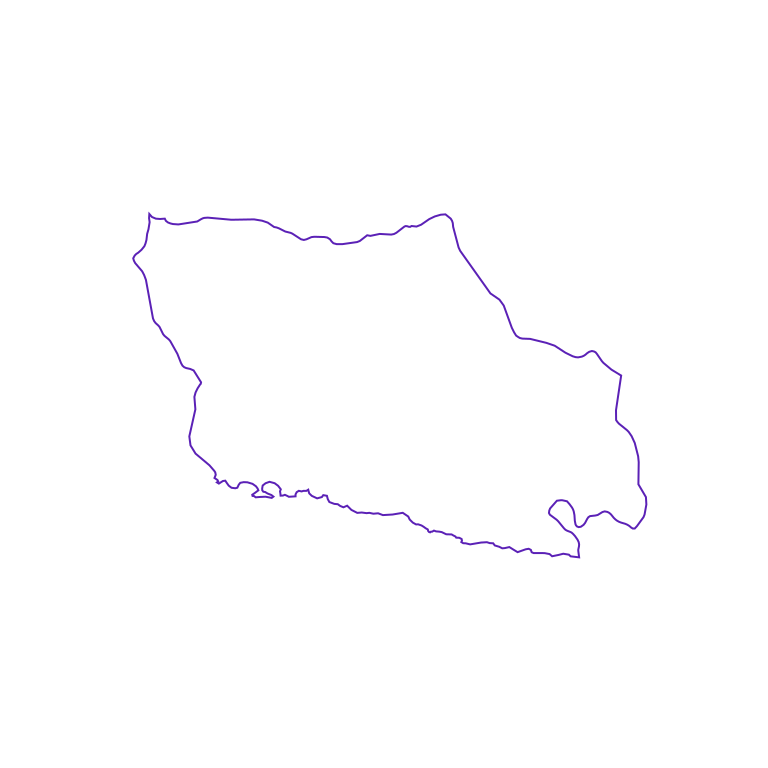 Áncash, Natural Earth projection, rotated 304°
{"feature_id": "PER-577", "entity_name": "Áncash", "entity_type": "Department", "adm_level": 1, "iso_a3": "PER", "parent_name": "Peru", "parent_adm1": "", "projection": "natural_earth1", "projection_center": [-77.843, -9.38], "detail": "fine", "context": "isolated", "style": "outline", "palette": "violet", "viewbox_px": 768, "rotation_deg": 304, "n_neighbors": 0, "source": "natural_earth", "source_scale": "10m", "svg_char_len": 4374}
<svg xmlns="http://www.w3.org/2000/svg" viewBox="0 0 768 768"><g transform="rotate(304 384 384)"><path d="M349.4,642.7L345.5,635.1L345.9,632.7L343.5,627.5L340.0,624.4L335.2,619.7L335.6,616.4L333.6,611.7L330.3,606.7L327.5,602.6L327.1,600.5L328.6,598.5L328.3,596.1L326.2,593.9L319.3,588.8L319.1,584.7L318.9,579.1L315.5,575.9L313.9,573.9L313.5,570.6L312.1,566.1L313.0,563.6L311.2,560.6L310.4,557.8L306.9,553.2L299.2,545.1L297.6,540.8L296.3,538.7L296.2,536.5L297.8,536.2L298.9,535.0L298.6,532.4L297.0,529.8L297.5,528.5L297.2,526.0L297.1,524.2L294.2,519.6L293.5,514.7L292.5,512.4L290.9,509.5L290.4,507.4L288.5,506.5L287.8,505.5L286.8,505.2L286.5,504.0L286.8,502.9L287.9,501.6L287.7,499.3L287.8,496.8L287.7,494.2L286.8,490.9L285.5,489.0L285.2,485.4L286.0,481.1L287.7,478.2L287.7,471.6L280.6,464.1L274.7,456.4L273.5,451.4L270.5,447.7L269.0,443.9L267.2,441.8L265.0,437.4L262.2,433.9L261.4,427.4L262.5,421.5L259.1,419.3L258.4,415.8L258.5,412.9L256.8,409.8L255.6,404.7L257.1,401.8L259.4,399.2L257.9,395.8L255.5,395.7L251.8,392.5L250.9,386.7L251.5,383.2L252.9,381.5L254.0,380.3L252.0,379.4L250.4,377.0L248.9,375.8L247.8,373.1L245.5,372.1L243.0,372.4L241.4,373.5L237.3,368.2L237.1,366.2L236.7,363.8L235.0,362.6L233.6,360.7L235.3,359.3L236.9,357.8L239.0,357.3L240.4,353.1L240.6,348.8L238.9,343.8L235.5,341.3L232.0,340.2L229.3,341.4L227.8,342.5L227.2,344.2L228.0,345.9L228.1,348.6L229.0,352.8L228.8,355.3L226.8,354.6L224.3,348.8L220.8,344.1L218.3,341.0L218.4,338.8L217.7,337.6L218.5,336.7L221.3,337.8L225.6,339.3L226.7,337.6L227.6,335.1L227.7,330.8L226.1,325.7L224.2,322.6L221.7,320.1L219.3,319.9L216.0,320.4L214.4,319.0L212.7,315.6L212.9,312.1L214.2,308.6L215.1,306.5L213.5,304.7L209.1,302.8L209.0,300.5L210.5,301.0L211.3,299.6L211.3,296.0L214.6,295.3L216.4,293.5L217.1,291.8L219.0,284.7L220.9,266.7L224.9,257.9L231.7,251.9L257.5,241.8L267.3,234.0L271.7,232.5L276.2,231.9L280.9,231.8L281.6,232.0L283.1,231.4L288.8,218.6L288.1,214.9L286.6,211.1L286.2,209.0L286.5,206.7L287.8,204.1L293.5,195.8L300.0,182.9L300.6,180.9L300.8,179.0L301.0,176.8L301.2,175.0L301.8,173.0L305.8,166.0L306.3,164.1L306.8,160.6L307.6,158.3L309.2,155.8L337.2,128.4L340.2,124.2L342.2,120.5L345.1,110.1L346.4,107.7L348.0,105.8L351.1,105.5L353.3,105.9L355.4,106.8L359.6,107.9L364.2,108.3L367.1,107.7L370.6,106.5L376.0,103.7L380.6,102.2L387.1,99.2L390.1,96.5L393.7,94.4L392.7,98.3L393.5,102.4L395.6,106.1L398.5,109.8L397.3,111.9L397.1,114.5L397.7,117.2L398.6,119.6L401.3,124.3L414.3,138.3L418.2,140.1L420.0,141.1L421.2,142.1L423.4,144.9L434.8,165.6L447.8,184.2L451.2,191.6L452.8,197.4L452.7,205.1L453.7,207.4L454.3,209.8L455.2,216.9L457.1,222.1L457.4,223.9L457.6,234.3L458.6,237.0L460.6,238.8L465.2,241.7L467.1,243.9L472.5,252.4L473.7,255.1L473.8,258.3L472.9,260.8L472.4,263.3L473.5,266.6L476.6,271.2L486.6,282.3L489.1,284.0L497.9,286.9L499.2,289.9L506.0,296.5L511.9,306.4L513.9,308.4L516.3,309.7L526.0,312.9L527.1,313.7L527.8,315.1L528.2,316.6L528.9,317.8L530.4,318.5L532.7,322.9L536.8,325.7L546.0,329.3L551.3,332.4L556.1,336.4L559.0,340.1L558.4,346.9L557.3,349.2L555.9,351.0L552.9,353.5L538.9,369.5L537.0,372.7L518.6,421.6L518.5,432.5L516.0,439.4L502.1,458.5L499.6,462.9L498.0,466.5L498.0,469.0L498.1,470.9L499.0,473.3L503.1,479.9L508.9,495.6L511.2,504.1L511.4,516.9L512.5,524.9L513.4,527.8L514.6,530.0L517.3,532.7L519.0,533.8L520.9,534.6L523.2,535.2L525.4,536.1L527.6,537.9L528.4,539.9L528.6,541.7L528.0,543.7L524.8,551.8L524.2,554.1L523.1,564.5L523.6,575.9L492.0,591.0L483.9,596.6L483.1,598.6L482.5,600.9L481.6,611.3L481.1,613.7L479.2,618.5L475.3,624.9L466.2,635.1L461.6,638.9L443.1,651.0L436.7,664.4L430.8,668.9L421.5,673.0L418.7,673.6L407.6,673.2L404.4,672.7L403.3,671.1L403.2,669.2L403.5,666.8L403.4,664.4L403.0,662.2L401.7,658.1L401.2,656.0L401.0,653.7L401.1,651.7L401.5,649.4L402.8,645.2L403.1,642.9L402.9,640.8L401.8,638.2L400.0,636.7L394.9,634.4L393.1,632.7L389.7,628.7L387.8,627.9L385.7,627.9L381.3,628.4L378.8,628.2L375.7,627.0L374.2,625.4L373.8,623.5L374.3,622.0L374.7,621.3L377.3,618.7L381.8,615.2L384.5,612.5L385.7,610.9L386.7,609.0L388.1,605.1L389.1,601.3L387.4,597.0L386.7,595.8L383.9,592.6L373.7,591.3L371.5,591.8L369.3,592.9L368.4,594.6L368.0,603.0L367.6,605.2L365.0,613.9L364.6,616.0L364.8,618.0L365.6,621.5L365.7,622.8L365.4,624.8L364.7,627.5L363.2,631.4L361.8,633.8L360.2,635.4L358.5,636.4L355.3,637.7L354.4,638.3L349.4,642.7L349.4,642.7Z" fill="none" stroke="#5b21b6" stroke-width="2"/></g></svg>